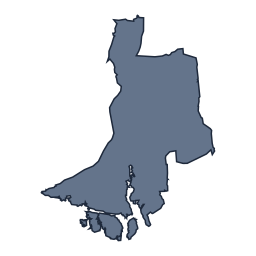 Flekkefjord nor, Vest-Agder, Norway
{"feature_id": "86288312B20196044889227", "entity_name": "Flekkefjord nor", "entity_type": "district", "adm_level": 2, "iso_a3": "NOR", "parent_name": "Norway", "parent_adm1": "Vest-Agder", "projection": "albers", "projection_center": [6.638, 58.382], "detail": "fine", "context": "isolated", "style": "filled", "palette": "slate", "viewbox_px": 256, "rotation_deg": 0, "n_neighbors": 0, "source": "geoboundaries", "source_scale": "gbopen_adm2", "svg_char_len": 5905}
<svg xmlns="http://www.w3.org/2000/svg" viewBox="0 0 256 256"><path d="M182.9,48.6L177.7,49.2L174.9,51.6L171.7,52.6L170.3,54.6L168.4,55.4L166.1,54.4L162.4,56.0L154.9,56.8L136.3,55.7L138.8,51.0L140.2,47.1L141.0,43.3L141.6,36.3L143.5,31.1L143.6,17.8L139.0,17.5L138.4,16.0L137.4,15.4L136.9,16.2L137.3,17.3L136.4,18.3L133.6,19.4L133.7,21.2L127.4,20.5L125.6,19.2L118.8,20.3L113.8,19.8L116.9,23.7L115.0,28.6L115.4,31.9L114.1,33.3L112.9,33.3L113.2,35.0L114.7,36.0L113.9,36.8L111.6,44.5L109.0,51.2L108.9,56.8L107.3,61.4L109.9,59.1L113.5,63.5L114.8,67.2L114.4,69.3L114.8,72.5L117.2,74.8L116.1,75.9L115.9,76.9L116.4,77.7L117.4,82.9L121.3,86.4L120.7,91.1L117.7,95.4L114.2,98.8L109.6,107.6L109.9,112.0L113.9,133.2L112.4,138.0L111.4,139.9L108.3,142.9L103.5,151.0L98.5,161.3L93.1,166.1L84.5,169.7L72.7,177.1L64.5,180.1L60.2,183.6L55.8,185.0L56.1,185.4L55.9,186.2L54.8,186.3L54.1,187.5L49.0,188.5L46.6,190.0L46.0,189.6L45.6,191.1L42.0,191.5L41.4,192.7L42.1,193.3L43.0,192.5L42.6,193.4L45.3,195.4L48.4,195.4L51.0,197.3L57.1,197.1L56.2,197.7L59.2,198.1L59.3,197.6L58.2,197.0L59.1,196.3L59.8,198.0L59.5,198.3L60.5,198.5L61.1,199.2L60.4,199.9L61.7,200.9L63.9,199.8L65.2,200.9L65.8,200.4L65.5,198.2L66.8,198.1L66.6,196.2L70.1,195.7L70.8,197.3L70.1,197.8L70.7,197.8L68.7,198.0L69.0,198.6L68.1,198.5L68.2,199.3L69.1,201.1L70.5,201.3L70.5,202.3L71.7,204.5L77.1,205.1L77.1,205.9L77.9,206.3L80.2,204.9L81.6,205.7L82.3,204.8L82.2,203.9L83.6,203.8L84.7,205.0L85.3,201.9L85.7,202.7L85.4,203.0L86.8,203.9L86.2,204.3L86.2,205.6L85.9,205.9L88.0,206.5L88.4,207.4L87.7,208.6L88.1,209.2L89.8,209.5L88.8,208.9L89.7,208.0L94.1,209.1L95.7,210.3L103.1,211.1L105.7,212.9L115.7,214.1L118.8,214.0L121.0,213.0L121.9,214.7L123.0,214.7L123.0,215.6L123.8,215.6L125.1,217.1L125.1,218.0L126.0,217.2L126.6,218.1L126.6,216.9L127.2,216.5L126.8,214.3L127.2,214.3L127.7,215.8L128.2,215.3L127.8,215.0L129.3,215.2L131.6,213.8L132.0,214.7L132.5,213.9L131.3,210.7L131.2,209.3L129.7,206.7L129.9,205.8L129.3,204.1L126.2,200.2L126.7,199.4L125.5,196.3L125.6,195.2L126.5,195.3L126.6,189.7L127.1,189.4L127.3,187.0L129.2,187.2L126.7,184.5L127.5,183.8L126.0,181.2L128.5,180.1L129.1,181.4L130.3,181.6L131.3,179.8L131.2,178.9L130.5,178.5L130.4,176.7L129.8,176.1L129.7,168.7L129.0,166.3L130.5,165.2L131.5,165.6L132.2,166.8L131.7,167.2L132.6,167.9L131.6,168.6L131.5,169.5L132.5,170.9L131.3,172.3L133.3,173.3L133.0,174.1L133.9,174.5L134.7,176.3L134.1,176.7L132.0,174.8L130.7,175.7L131.9,177.5L131.3,178.6L131.6,179.8L130.7,181.7L131.0,182.0L129.7,185.4L131.1,185.6L132.0,187.4L133.1,187.4L134.2,189.1L133.4,191.8L131.0,194.1L131.2,194.9L130.0,196.9L129.8,197.6L130.5,200.1L131.0,201.0L133.7,201.0L133.2,201.3L133.4,203.5L135.3,203.9L135.8,203.5L135.8,200.5L138.9,200.3L137.4,203.3L137.5,204.1L138.9,204.8L139.0,206.7L140.2,208.2L141.5,207.7L142.0,205.7L143.0,205.2L143.1,204.4L144.0,204.4L140.7,209.6L141.2,212.8L143.2,216.0L142.9,216.4L143.2,217.4L145.4,220.6L145.3,222.0L146.1,224.6L148.8,226.3L150.0,225.5L150.6,224.6L149.0,221.0L148.0,216.8L147.0,215.0L150.4,212.1L152.2,213.5L153.1,213.2L160.7,208.3L162.7,204.6L164.2,203.6L163.3,199.7L162.1,198.7L161.3,196.3L159.7,194.8L160.3,193.4L159.6,191.5L164.8,191.3L164.7,190.3L166.3,191.1L167.7,190.7L167.6,185.9L166.9,184.5L167.4,179.1L167.9,179.2L167.2,178.3L167.5,173.1L167.2,164.5L166.2,164.5L165.4,158.1L165.8,155.9L169.7,151.8L175.8,150.8L176.6,161.7L183.1,163.4L187.3,163.3L206.4,154.0L210.9,149.8L212.3,154.6L214.6,151.0L214.1,149.9L214.3,148.4L213.1,147.3L212.2,143.3L211.3,133.6L211.6,130.4L210.3,128.7L203.2,123.7L202.3,118.1L201.2,117.6L198.2,111.0L198.5,106.4L198.1,106.3L199.0,101.5L198.8,98.0L199.8,96.7L198.2,81.2L197.6,81.4L198.2,80.0L197.5,79.5L198.1,78.4L196.8,67.1L197.3,64.5L196.0,57.9L183.4,54.0L182.9,48.6ZM99.4,213.1L98.6,213.9L98.4,215.0L98.7,215.1L98.0,216.1L97.7,217.5L98.7,217.8L98.9,218.6L98.4,219.2L99.6,220.1L100.3,222.1L102.0,222.4L100.7,222.7L100.7,223.6L101.5,224.5L101.7,226.6L102.5,227.0L102.6,228.6L104.0,229.6L105.0,227.9L105.6,228.9L105.4,230.2L104.8,230.5L104.6,232.1L105.1,233.1L105.5,232.5L105.9,235.7L110.3,237.6L110.8,238.1L110.3,238.4L110.5,238.7L114.1,239.3L116.7,237.7L116.6,237.2L117.2,237.2L117.0,236.2L117.6,236.0L117.6,236.9L118.0,237.0L115.9,238.4L116.1,239.0L117.6,238.9L117.8,239.1L117.4,239.4L118.3,240.6L120.7,240.4L121.2,235.9L119.0,236.6L121.0,235.3L120.7,234.1L121.3,234.0L121.4,230.7L122.3,231.2L122.0,229.0L122.7,228.5L122.7,227.3L122.1,226.9L122.2,226.2L121.4,224.9L121.4,224.0L119.3,221.5L118.9,220.1L117.8,219.7L117.2,218.2L115.0,217.1L114.9,215.6L111.3,215.9L109.1,214.6L99.4,213.1ZM92.0,212.5L88.4,210.9L88.1,211.1L88.5,211.9L88.0,212.0L85.9,211.7L86.9,212.6L86.5,213.4L86.8,214.5L87.6,214.6L87.2,215.1L89.0,214.8L86.4,216.6L87.0,217.6L88.3,218.7L89.2,217.3L90.0,218.0L89.8,218.7L91.4,218.8L90.8,219.3L89.6,219.2L89.3,219.4L89.7,219.6L89.3,219.7L89.7,221.0L89.3,222.1L90.0,221.3L89.6,222.5L90.0,224.9L90.4,225.8L91.3,225.0L91.5,225.5L90.9,225.9L91.6,226.4L89.2,228.8L91.8,228.1L92.2,230.6L94.6,232.2L99.9,230.6L99.5,230.0L100.6,228.9L100.8,226.0L99.1,223.0L98.3,223.8L97.8,221.3L98.5,221.2L98.2,219.4L96.5,219.0L97.1,218.4L97.6,216.7L97.8,216.4L97.9,216.1L98.2,215.7L98.4,213.9L97.3,213.4L97.4,214.2L97.0,213.1L92.0,212.5ZM133.5,218.0L129.6,220.3L127.8,223.5L128.3,224.1L127.8,225.0L128.5,225.6L128.2,226.2L128.5,227.3L127.9,229.0L128.1,230.4L128.8,230.7L128.3,231.5L128.9,232.3L127.2,234.5L126.9,236.2L127.4,236.3L127.1,237.2L127.4,237.6L128.2,237.5L128.9,239.4L130.6,238.8L131.1,237.1L134.7,233.9L135.9,232.0L136.2,229.9L137.7,228.7L137.6,227.2L136.3,223.3L136.6,222.4L135.6,220.4L136.4,219.5L135.4,219.3L135.7,219.8L135.5,220.1L135.6,220.8L134.8,218.6L134.3,219.1L133.5,218.0ZM82.6,219.6L80.4,219.6L80.2,220.7L81.6,222.1L80.5,221.9L80.5,223.1L81.8,223.5L82.5,226.3L83.2,226.1L83.8,224.5L84.1,224.7L83.8,224.7L84.1,226.7L86.6,225.4L86.4,221.4L87.2,219.6L84.6,219.9L84.9,220.6L83.2,220.5L82.6,219.6Z" fill="#64748b" stroke="#1e293b" stroke-width="1.5"/></svg>